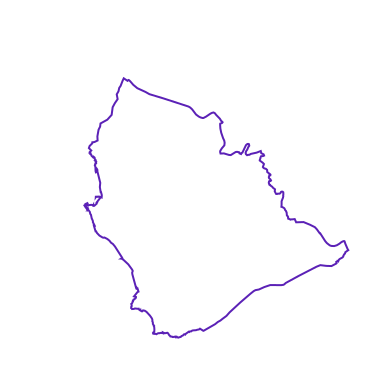 Kota Parepare, Sulawesi Selatan, Indonesia (orthographic projection), rotated 331°
{"feature_id": "22746128B37987509465042", "entity_name": "Kota Parepare", "entity_type": "district", "adm_level": 2, "iso_a3": "IDN", "parent_name": "Indonesia", "parent_adm1": "Sulawesi Selatan", "projection": "orthographic", "projection_center": [119.648, -4.02], "detail": "fine", "context": "isolated", "style": "outline", "palette": "violet", "viewbox_px": 384, "rotation_deg": 331, "n_neighbors": 0, "source": "geoboundaries", "source_scale": "gbopen_adm2", "svg_char_len": 5933}
<svg xmlns="http://www.w3.org/2000/svg" viewBox="0 0 384 384"><g transform="rotate(331 192 192)"><path d="M284.0,324.3L284.2,323.1L285.7,322.9L286.0,323.3L286.1,323.1L286.4,323.4L287.5,322.5L288.6,322.2L291.9,322.2L293.0,321.8L293.2,321.4L294.8,320.3L296.0,320.0L296.9,319.0L300.5,318.6L300.4,317.8L301.0,311.7L301.5,309.1L301.2,308.6L299.8,308.3L298.2,308.3L295.9,308.7L292.8,308.8L290.1,308.2L287.7,306.7L286.6,305.4L285.2,302.1L284.7,299.6L284.1,290.2L283.7,290.1L283.1,285.1L282.4,282.3L279.3,277.8L275.0,272.4L268.4,269.0L268.7,265.5L266.1,264.4L265.3,263.9L264.7,263.9L264.1,262.9L263.2,262.0L263.7,260.7L263.9,260.6L264.0,259.6L263.6,258.6L264.9,255.6L264.8,255.0L265.0,254.1L264.7,252.9L264.9,251.6L264.8,250.8L263.8,249.1L263.0,248.3L264.0,246.9L265.9,243.5L268.8,241.1L269.9,239.8L270.1,239.1L270.8,238.3L271.7,236.5L271.4,235.6L270.5,235.1L269.9,235.1L268.6,235.9L267.7,235.9L266.1,235.0L265.4,235.0L264.6,234.4L264.7,231.5L265.9,229.9L264.9,227.6L264.7,226.3L263.7,224.2L263.8,223.7L263.4,223.5L263.2,223.2L263.6,221.2L264.5,220.1L265.0,220.0L266.0,220.5L266.2,220.3L266.0,220.0L266.7,220.0L266.7,218.8L266.1,217.5L266.4,216.2L267.3,215.5L267.6,215.0L268.6,215.4L269.0,215.0L269.0,214.5L267.5,211.0L268.4,209.1L267.9,207.6L266.7,206.4L266.2,205.4L266.1,204.5L268.5,202.4L268.1,200.8L266.5,197.3L267.2,196.4L268.0,195.9L268.5,195.1L269.8,194.2L271.5,195.0L272.7,195.1L272.9,193.8L271.4,191.7L272.0,189.5L267.6,188.9L261.9,187.2L260.4,187.3L259.0,186.7L258.0,186.5L257.5,185.0L257.9,183.7L259.2,182.5L260.9,181.7L262.9,180.1L264.5,179.3L265.0,177.8L264.5,177.2L263.8,176.9L263.6,177.1L262.9,177.0L261.9,177.2L255.6,181.7L255.1,182.0L254.4,181.9L253.3,182.6L252.3,181.3L252.6,180.9L252.3,179.8L251.9,179.7L250.9,178.7L249.5,178.2L243.8,178.5L242.3,177.5L238.6,173.7L235.6,172.2L236.0,170.6L236.7,169.7L239.2,168.3L242.9,166.9L244.4,164.8L245.1,162.7L245.3,159.9L246.3,154.3L247.6,150.2L249.2,146.8L249.8,145.9L251.6,146.2L252.5,145.9L252.6,145.4L252.0,144.0L251.9,141.4L250.5,136.2L250.2,134.2L249.4,132.9L248.0,132.5L246.2,132.4L240.7,132.9L237.9,132.8L237.1,132.4L235.6,130.9L234.5,129.3L233.1,126.2L232.2,119.8L231.4,117.3L230.4,115.6L212.5,96.4L202.2,85.8L199.8,81.9L194.5,74.7L192.6,69.8L191.6,65.1L191.1,63.6L190.7,63.2L189.5,63.5L187.4,59.5L185.2,61.1L181.0,64.6L178.8,65.7L176.5,68.3L173.5,70.1L172.0,74.7L167.6,76.9L163.7,79.4L159.1,85.6L153.0,87.7L145.2,87.7L143.3,90.3L140.5,92.2L136.2,97.5L134.4,101.2L130.9,101.0L128.9,100.2L128.3,101.1L124.8,102.1L123.1,103.6L124.0,106.9L122.0,107.5L122.1,108.1L121.7,108.2L121.9,108.4L121.5,109.1L121.9,109.3L121.9,109.9L121.7,109.9L121.9,111.3L121.7,111.6L122.3,113.7L123.0,113.4L123.2,114.1L123.4,114.4L123.4,115.1L123.0,115.5L123.0,116.9L123.2,117.1L123.1,117.5L122.8,117.5L123.0,117.8L122.5,118.3L122.8,118.9L122.3,119.1L122.3,119.3L122.5,119.5L122.3,120.0L121.9,119.9L121.3,120.3L121.4,120.6L120.8,120.7L119.9,121.6L120.0,122.4L119.5,123.1L120.0,125.3L120.0,126.6L119.8,127.1L119.6,127.1L119.6,125.0L118.7,125.0L118.0,127.0L117.8,127.0L117.5,128.2L119.2,128.3L116.2,139.5L113.8,143.0L112.1,147.7L112.4,147.8L111.8,150.3L111.4,151.3L110.8,151.1L111.3,151.4L110.3,153.0L108.6,151.0L105.6,149.5L105.4,149.8L105.6,149.7L108.4,151.1L109.5,152.4L103.6,154.9L103.7,155.3L103.2,155.4L102.9,156.0L99.9,156.7L99.5,156.5L99.7,156.2L99.5,156.4L99.0,156.1L99.2,155.7L98.9,155.9L98.6,155.1L97.7,154.4L94.3,153.0L94.0,151.6L95.1,151.4L95.1,151.2L93.9,151.5L94.4,151.2L93.8,151.3L93.5,151.2L93.6,150.9L93.4,150.9L93.5,151.2L92.6,151.1L92.1,151.5L92.2,152.7L91.8,152.6L91.7,151.6L91.4,151.6L91.5,153.6L91.8,153.6L91.8,153.0L92.2,152.9L92.6,155.0L91.9,155.1L91.9,154.5L91.7,154.5L91.8,156.1L92.0,156.0L91.9,155.2L92.6,155.2L92.6,156.0L92.8,155.9L92.6,156.4L92.1,156.4L92.1,157.2L92.4,157.2L92.2,157.5L93.2,157.6L92.5,157.7L92.7,157.8L92.7,158.5L92.4,158.6L92.8,158.6L93.0,159.7L92.4,161.9L92.6,162.9L91.4,166.8L91.5,167.2L91.2,169.5L90.7,170.3L90.6,173.1L90.4,173.1L90.5,174.7L90.0,174.8L90.1,174.2L89.8,174.1L88.6,179.6L88.9,179.7L89.1,179.2L89.0,181.7L89.9,185.2L91.7,188.4L92.5,189.1L93.4,189.4L95.2,192.1L96.2,194.6L96.6,197.1L97.6,199.1L98.2,202.3L99.0,215.0L99.0,216.0L97.9,216.0L98.2,216.2L99.2,218.2L101.2,224.4L102.0,230.8L101.9,232.3L100.5,233.6L99.9,235.2L96.6,248.8L96.5,249.7L96.8,250.0L96.9,249.9L96.7,249.7L96.7,249.3L97.2,247.3L97.2,248.3L96.9,249.6L97.6,249.8L96.9,253.2L95.8,253.1L90.7,255.2L92.1,256.6L91.9,257.0L91.1,257.6L89.0,257.9L88.8,257.8L88.1,258.4L87.7,258.3L87.3,259.1L86.9,259.1L86.3,259.8L85.2,260.5L84.6,260.5L84.4,261.2L84.2,261.1L84.4,261.2L84.2,262.1L83.8,262.7L83.1,263.0L82.5,264.1L82.8,264.5L82.8,265.3L84.5,266.1L85.6,266.2L88.6,268.3L88.8,268.3L88.8,269.6L89.4,270.6L89.6,270.5L89.5,270.8L90.4,272.2L90.8,272.2L91.8,271.8L93.1,272.9L94.1,274.8L95.3,279.8L95.6,282.4L95.6,283.6L95.3,284.8L94.6,285.9L94.6,286.9L93.8,288.5L93.9,289.8L93.7,290.2L93.9,290.6L93.6,290.8L93.6,291.5L92.5,293.9L91.4,295.7L91.2,296.0L90.1,296.0L89.5,296.4L89.4,297.0L90.1,297.3L90.1,297.7L91.4,298.4L91.9,299.1L94.0,299.1L94.8,299.6L96.4,300.1L97.6,301.0L97.7,300.6L98.0,300.6L98.3,301.2L98.5,300.7L99.3,301.9L100.6,302.7L102.1,303.1L102.6,304.0L102.6,305.8L102.8,306.3L102.8,306.8L103.2,307.5L103.1,307.9L104.5,308.9L104.6,309.3L105.1,309.7L106.6,310.1L106.9,310.5L107.2,310.5L107.2,310.8L107.8,310.6L108.5,311.1L108.6,311.4L108.5,311.6L108.5,312.0L109.0,312.1L109.6,312.8L110.6,312.9L111.9,313.3L113.0,312.9L114.4,313.1L116.1,312.6L116.6,312.8L116.9,313.4L117.8,313.0L121.5,312.6L121.8,313.1L122.3,312.9L123.0,313.1L123.6,313.5L124.8,313.3L125.7,313.5L128.5,314.8L129.7,315.0L131.5,315.6L132.7,315.4L134.6,318.9L134.8,319.0L148.2,318.8L151.5,318.2L154.5,318.2L157.4,317.7L162.0,317.1L166.5,315.5L180.8,312.0L193.8,309.3L197.9,308.6L199.9,308.6L203.2,309.7L209.2,310.2L215.2,311.3L225.1,316.8L227.0,317.5L227.9,317.5L230.0,317.0L244.4,317.1L264.6,317.7L268.8,318.2L273.6,321.7L278.1,324.4L283.5,324.5L284.0,324.3Z" fill="none" stroke="#5b21b6" stroke-width="2"/></g></svg>